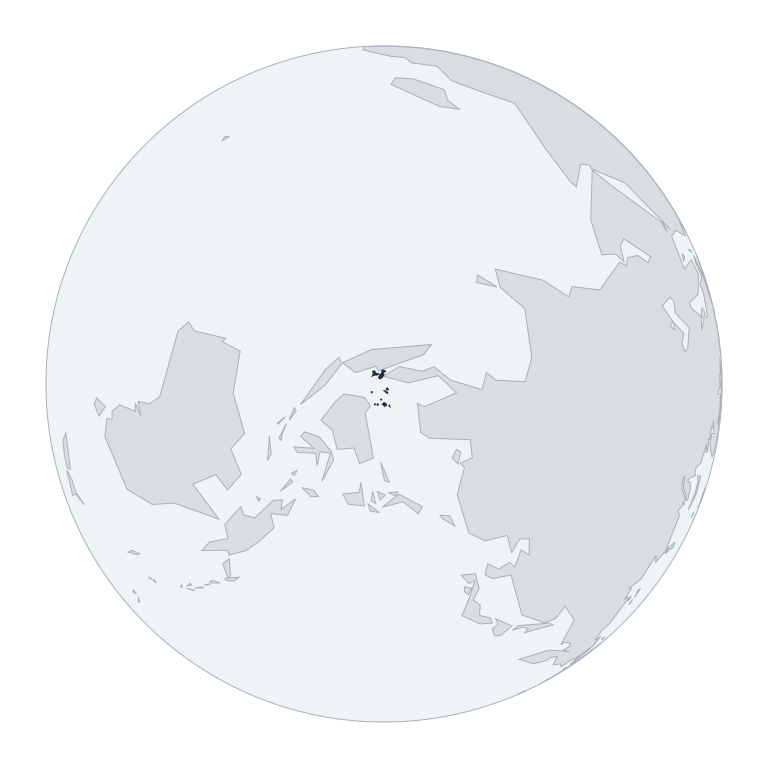 globe centered on Kepulauan Riau, rotated 121°
{"feature_id": "IDN-1796", "entity_name": "Kepulauan Riau", "entity_type": "Province", "adm_level": 1, "iso_a3": "IDN", "parent_name": "Indonesia", "parent_adm1": "", "projection": "orthographic", "projection_center": [105.285, 2.055], "detail": "fine", "context": "on_globe", "style": "filled", "palette": "slate", "viewbox_px": 768, "rotation_deg": 121, "n_neighbors": 0, "source": "natural_earth", "source_scale": "10m", "svg_char_len": 12472}
<svg xmlns="http://www.w3.org/2000/svg" viewBox="0 0 768 768"><g transform="rotate(121 384 384)"><circle cx="384" cy="384" r="338" fill="#eef3f6" stroke="#a8b0b8"/><path d="M697.2,480.5L696.7,483.0L696.5,483.3L697.2,480.5ZM576.5,106.3L580.7,109.4L573.1,104.0L576.5,106.3ZM559.2,95.0L559.5,95.2L552.9,91.3L550.4,90.1L542.2,85.7L533.0,80.7L527.6,78.1L529.8,79.4L523.0,76.6L520.6,75.0L508.5,70.3L494.4,64.6L516.7,73.2L538.3,83.4L559.2,95.0ZM551.4,90.8L554.2,92.4L551.7,91.2L551.4,90.8ZM537.0,83.6L532.2,81.7L535.5,82.7L537.0,83.6ZM528.3,80.0L516.8,76.4L521.9,79.3L501.0,70.0L517.7,75.5L521.0,76.0L523.2,77.5L528.3,80.0ZM491.3,65.9L487.2,64.6L489.8,65.0L491.3,65.9ZM98.8,202.7L92.8,214.5L101.8,202.0L102.1,213.2L109.2,213.5L130.7,185.9L119.2,184.5L127.8,171.1L145.5,160.8L157.2,164.1L160.9,159.2L162.5,147.3L174.2,139.3L164.1,142.8L161.4,147.8L155.0,150.6L157.0,146.4L161.1,143.3L160.2,140.9L141.0,157.4L136.2,164.3L128.2,167.0L119.6,179.2L114.2,184.8L126.8,166.5L132.5,159.9L148.2,141.9L166.6,125.3L186.2,110.0L188.0,109.9L192.1,107.4L203.1,100.2L202.3,101.7L212.6,94.8L220.1,92.9L219.6,90.1L232.5,83.2L244.0,78.6L248.1,76.2L229.4,84.0L222.0,87.9L215.8,91.7L195.6,103.8L192.1,105.9L198.9,101.3L222.1,87.4L246.3,75.4L267.7,67.3L277.8,65.2L267.3,74.1L257.6,77.4L256.5,75.5L245.7,82.8L252.2,79.5L251.5,81.3L263.6,76.5L263.7,77.7L275.2,71.7L276.6,72.6L269.4,76.4L288.5,71.7L295.0,73.4L299.3,72.0L302.1,69.9L308.5,74.3L311.4,73.1L310.4,71.1L315.5,67.7L327.0,63.9L328.6,65.5L324.6,67.1L318.8,73.8L308.1,78.8L309.9,79.2L319.6,75.4L326.7,67.1L333.2,64.4L331.2,67.8L332.4,66.3L336.1,65.6L341.3,66.8L344.1,63.1L382.8,56.6L396.7,59.5L390.6,62.4L419.3,63.3L432.8,68.7L431.8,66.5L444.9,66.9L440.9,65.1L441.4,64.2L473.3,67.3L482.0,70.2L494.6,71.3L494.2,70.5L488.4,68.2L501.0,70.0L521.9,79.3L521.9,80.5L534.9,86.5L533.2,88.9L537.7,94.5L528.3,95.1L532.7,100.4L537.3,102.3L546.8,111.7L550.4,126.3L527.2,105.7L517.8,87.2L519.8,93.4L513.3,89.8L510.3,91.0L512.3,96.3L516.3,98.1L488.4,99.4L481.1,114.4L496.3,116.0L505.9,123.0L510.9,146.8L482.4,176.7L494.8,190.6L495.6,199.0L484.8,202.6L483.4,190.3L472.4,184.6L473.3,177.7L455.5,181.0L455.9,171.5L441.8,179.7L447.2,188.0L462.8,187.8L450.4,200.4L466.3,216.5L468.1,234.5L441.3,264.2L414.2,272.0L412.5,277.9L401.7,270.3L387.3,281.3L407.2,317.3L406.6,327.6L383.3,345.5L382.8,337.8L354.3,317.4L348.8,341.7L370.4,363.5L377.8,388.5L361.1,379.8L353.6,358.0L343.5,350.1L346.4,328.8L338.3,297.1L321.5,302.1L323.0,289.8L309.3,264.2L285.2,271.0L246.9,302.1L241.3,334.1L228.2,347.8L213.1,300.9L214.2,270.5L203.7,273.0L192.3,247.5L158.2,244.7L157.8,237.0L150.4,240.3L143.0,232.5L144.1,220.4L137.6,220.9L135.9,253.1L143.4,252.9L155.8,241.0L153.4,252.7L161.1,263.7L136.7,291.4L93.4,315.7L96.7,291.9L102.6,228.7L106.7,222.0L107.0,221.2L107.5,219.9L100.4,230.7L103.9,219.0L92.7,261.6L87.5,280.5L92.7,317.1L90.3,320.8L94.3,328.6L116.0,320.6L114.5,328.6L99.6,365.6L76.1,416.4L83.6,452.1L89.3,482.5L84.3,502.1L94.5,525.8L93.3,533.8L99.7,547.3L104.3,561.3L108.4,574.4L104.7,574.0L96.8,561.8L88.5,547.9L77.5,526.4L68.1,504.1L60.4,481.2L54.2,457.8L49.8,434.1L47.1,410.1L46.1,385.9L46.8,361.8L49.3,337.8L53.4,314.0L59.3,290.5L66.8,267.5L75.9,245.2L86.6,223.5L98.8,202.7ZM139.6,150.6L126.2,166.7L126.9,165.2L117.7,176.3L125.3,166.7L130.8,160.2L139.6,150.6ZM161.8,183.4L173.7,185.9L181.6,168.6L186.9,168.5L187.7,163.1L182.2,167.4L186.0,153.2L195.9,149.4L201.3,142.7L197.5,141.7L178.7,151.3L173.0,171.1L164.6,177.5L161.8,183.4ZM118.0,175.6L117.9,175.7L118.6,175.1L112.8,182.5L115.9,178.3L118.0,175.6ZM195.7,103.4L195.8,103.3L193.3,105.0L191.1,106.6L195.7,103.4ZM306.9,55.3L310.2,54.4L312.2,54.0L323.5,51.6L325.6,51.4L319.7,52.8L306.9,55.3ZM124.9,190.3L118.9,195.4L119.6,192.7L121.5,191.4L124.9,190.3ZM112.6,188.4L112.2,192.2L111.0,190.4L112.6,188.4ZM311.1,54.7L315.5,53.6L313.9,54.3L311.1,54.7ZM327.8,51.3L326.9,51.8L327.2,51.2L327.8,51.3ZM251.6,643.9L258.6,648.0L254.1,648.1L251.6,643.9ZM117.5,479.4L123.6,532.2L115.5,531.9L107.4,516.1L100.7,484.0L108.0,475.4L109.7,461.1L117.5,479.4ZM462.8,451.7L472.9,454.0L472.5,455.5L462.8,451.7ZM452.3,445.4L463.9,446.7L450.3,448.8L452.3,445.4ZM468.4,447.3L480.2,445.2L485.3,443.0L484.3,446.2L468.4,447.3ZM444.5,445.0L401.5,441.6L384.5,436.3L388.5,430.7L416.0,434.0L444.5,445.0ZM387.1,430.5L361.1,412.6L325.6,363.6L338.3,365.1L375.5,395.5L373.1,400.3L388.8,414.1L387.1,430.5ZM450.0,404.6L447.5,419.5L423.8,416.5L413.1,413.3L405.6,393.6L409.8,384.3L418.6,385.1L452.9,355.0L464.8,363.9L454.3,376.8L464.1,390.5L450.0,404.6ZM242.6,337.2L249.3,356.9L242.3,359.8L242.6,337.2ZM466.6,333.7L452.9,346.6L465.4,328.9L466.6,333.7ZM474.0,316.9L474.9,324.0L469.3,316.7L474.0,316.9ZM412.2,287.3L402.8,288.3L402.6,283.4L414.4,279.4L412.2,287.3ZM469.3,250.2L469.3,263.9L467.5,268.5L463.2,259.8L469.3,250.2ZM335.5,58.3L317.4,61.1L305.8,64.5L301.4,67.9L299.8,65.0L317.7,59.7L335.5,58.3ZM376.8,56.3L380.5,54.4L384.1,55.2L383.7,55.8L376.8,56.3ZM375.4,55.1L370.2,53.1L375.7,52.0L378.7,53.8L375.4,55.1ZM340.0,51.9L334.5,52.5L335.9,51.8L340.0,51.9ZM618.6,609.0L619.2,612.2L609.6,621.3L597.7,630.1L589.3,631.8L618.6,609.0ZM543.9,623.3L546.8,611.3L558.3,611.7L550.8,621.7L543.9,623.3ZM626.6,602.3L635.4,592.4L641.9,578.8L637.0,591.5L640.0,593.3L621.1,611.7L626.6,602.3ZM510.5,569.7L445.0,587.7L431.3,583.7L436.2,574.1L426.5,543.4L431.1,544.4L429.9,524.2L469.4,508.7L498.2,478.0L518.5,481.9L534.9,459.8L555.4,463.5L548.3,481.5L568.3,496.2L584.9,456.0L594.1,502.3L606.6,520.6L606.5,550.2L572.8,596.1L556.3,603.8L554.5,598.8L547.3,603.1L538.0,599.8L535.6,583.1L528.4,587.4L536.6,576.0L525.5,585.7L521.9,575.0L510.5,569.7ZM655.3,506.0L657.5,507.8L659.9,516.7L656.5,514.4L655.3,506.0ZM691.4,488.4L691.5,492.5L689.5,492.8L691.4,488.4ZM696.5,483.3L694.1,484.0L697.2,480.5L696.5,483.3ZM670.8,482.0L671.6,485.1L670.5,485.9L670.8,482.0ZM670.0,480.8L671.8,476.6L671.1,481.1L670.0,480.8ZM660.5,454.0L662.1,452.0L662.7,453.9L660.5,454.0ZM487.7,455.4L501.9,444.7L509.5,444.4L487.7,455.4ZM658.6,448.7L654.7,447.5L655.3,445.2L658.6,448.7ZM659.1,443.1L658.9,439.7L660.9,448.0L659.1,443.1ZM651.9,434.2L656.5,441.1L651.4,434.9L651.9,434.2ZM649.0,434.5L645.5,431.3L645.8,430.3L649.0,434.5ZM607.2,432.5L620.5,454.4L609.3,452.2L596.9,438.1L586.3,448.2L562.8,443.5L568.4,437.1L565.5,425.9L540.7,418.9L535.7,411.4L544.7,407.7L528.0,400.5L546.3,399.2L553.5,414.3L563.8,404.3L581.1,409.2L597.5,416.1L610.4,428.7L607.2,432.5ZM546.0,430.7L549.1,431.0L546.3,435.1L546.0,430.7ZM638.9,422.1L643.9,430.1L643.3,431.7L640.7,430.2L638.9,422.1ZM613.4,426.6L627.5,416.9L630.7,417.6L621.3,429.7L613.4,426.6ZM624.2,408.7L630.6,411.3L633.8,418.6L632.4,420.2L624.2,408.7ZM508.8,413.7L508.1,417.6L503.3,414.0L508.8,413.7ZM515.1,411.9L529.4,417.6L513.7,415.2L515.1,411.9ZM470.9,394.3L475.1,404.0L488.7,399.2L478.4,406.9L487.4,423.1L484.2,428.7L475.3,411.1L471.9,428.2L465.9,427.4L462.7,412.3L468.8,394.8L474.9,388.0L499.3,387.0L470.9,394.3ZM515.0,400.5L511.2,389.3L514.0,382.4L518.2,388.4L515.0,400.5ZM499.6,362.5L489.3,349.4L480.0,353.2L498.6,338.0L505.5,352.9L499.6,362.5ZM490.6,335.0L481.9,338.4L490.8,329.5L490.6,335.0ZM479.6,334.2L478.5,325.8L485.4,327.5L479.6,334.2ZM495.1,335.8L496.5,321.8L500.1,330.4L495.1,335.8ZM475.1,307.1L490.3,321.9L470.8,314.5L469.3,287.9L477.5,288.0L475.1,307.1ZM516.3,210.6L513.9,203.8L521.1,203.2L520.7,208.0L516.3,210.6ZM542.4,197.8L522.2,200.9L505.7,204.8L511.2,208.4L508.2,219.3L499.4,207.9L510.4,197.0L523.1,196.3L524.2,187.6L533.0,183.0L529.8,172.0L533.3,168.1L540.2,178.2L542.4,197.8ZM527.8,167.4L525.4,149.7L539.3,154.4L543.0,159.3L538.3,165.2L531.2,162.3L527.8,167.4ZM528.9,147.1L522.0,144.5L503.8,119.1L503.5,115.1L524.7,135.4L519.3,134.2L521.3,140.1L528.9,147.1ZM488.9,65.6L487.3,64.7L491.0,66.1L488.9,65.6ZM438.9,63.3L440.2,62.3L444.5,63.4L438.9,63.3ZM446.3,60.6L440.5,59.9L446.0,59.9L446.3,60.6ZM427.8,58.9L437.9,59.3L429.2,60.0L427.8,58.9Z" fill="#d9dde1" stroke="#a8b0b8" stroke-width="1"/><path d="M402.3,373.3L402.4,373.2L402.3,373.6L402.0,374.0L401.8,374.4L401.6,374.4L401.4,374.4L401.1,374.6L400.8,374.4L400.5,374.3L400.7,374.1L400.9,373.9L401.0,373.8L401.1,373.7L401.3,373.8L401.6,374.1L401.5,373.7L401.4,373.6L401.0,373.6L400.3,373.4L400.1,373.1L400.1,372.9L400.0,372.5L399.9,372.4L400.1,372.1L400.3,372.1L401.0,371.5L401.0,371.3L401.3,371.1L401.4,371.3L401.5,371.7L402.3,372.6L402.3,372.9L402.1,373.1L402.3,373.3ZM380.3,389.7L380.4,390.0L380.2,390.2L380.3,390.6L380.1,390.8L380.0,391.2L379.8,391.2L379.3,391.1L379.3,390.9L379.2,390.8L379.1,390.7L379.3,390.7L379.1,390.6L378.9,390.5L378.9,390.4L379.2,390.3L379.1,390.2L379.3,390.0L379.2,390.0L379.1,389.9L378.7,390.0L378.4,390.1L378.0,390.2L377.9,390.1L377.8,389.7L378.3,389.4L378.4,389.2L378.7,389.2L378.8,389.0L379.2,389.2L379.4,389.2L379.8,389.0L379.8,388.9L379.9,389.1L379.9,389.4L380.0,389.5L380.3,389.7ZM381.9,397.5L382.4,397.8L381.9,397.8L381.9,398.1L381.4,397.9L381.0,397.6L380.8,397.4L380.6,397.4L380.3,397.4L380.0,397.6L379.9,397.5L379.6,397.7L379.4,397.5L379.1,397.4L379.0,397.2L379.3,396.9L379.5,396.2L379.8,395.9L379.8,396.0L380.1,396.1L380.4,396.4L380.4,396.5L380.2,396.5L380.3,396.6L380.5,396.6L380.8,396.9L380.9,397.2L381.1,397.3L381.3,397.0L381.4,396.9L381.6,397.1L381.9,397.5ZM379.5,398.3L380.0,398.9L379.9,399.0L379.6,399.2L379.5,399.6L379.4,399.7L379.2,399.7L378.9,399.5L378.7,399.7L378.7,400.0L378.4,399.3L378.3,399.2L378.3,399.3L377.9,398.9L378.1,398.5L378.3,398.3L378.4,398.2L378.5,398.3L378.4,398.5L378.5,398.6L378.5,398.4L378.7,398.5L378.9,398.4L379.2,398.1L379.5,398.3ZM377.3,389.3L377.3,389.5L377.2,389.9L377.1,390.0L377.0,390.3L376.7,390.3L376.4,390.2L376.2,390.2L375.9,389.8L375.8,389.7L376.1,389.8L376.2,389.7L376.1,389.4L376.4,389.4L376.5,389.4L376.5,389.2L376.9,389.4L377.0,389.3L376.9,389.1L377.0,389.1L377.3,389.3ZM373.2,391.3L373.5,391.7L373.2,392.2L373.1,392.3L373.0,392.2L372.6,391.6L372.5,391.4L372.6,391.0L372.7,390.9L372.8,390.9L373.0,391.2L373.2,391.3ZM387.0,378.4L387.3,378.5L387.2,378.6L387.1,379.0L386.6,379.1L386.8,379.2L386.8,379.3L386.6,379.4L386.4,379.2L386.6,378.6L386.3,378.4L386.4,378.2L386.5,378.0L386.7,378.5L386.9,378.6L387.0,378.4ZM377.8,390.9L377.9,391.0L378.0,391.1L377.9,391.2L377.8,391.3L377.5,391.4L377.4,391.4L377.3,391.1L377.0,390.9L377.0,390.6L377.4,390.7L377.4,390.9L377.8,390.9ZM373.1,390.1L373.0,390.3L372.8,390.2L372.6,390.2L372.4,389.9L372.5,389.6L372.7,389.4L372.8,389.4L372.8,389.6L372.9,389.8L373.1,389.9L373.1,390.1ZM379.7,394.8L380.6,395.9L380.2,395.7L379.9,395.5L379.8,395.3L379.7,395.2L379.4,394.8L379.3,394.7L379.6,394.8L379.7,394.8ZM404.9,378.8L405.0,378.4L405.3,378.5L405.2,378.7L405.2,379.1L404.9,379.3L404.5,379.1L404.9,378.8ZM389.9,377.4L389.9,377.9L389.7,377.8L389.5,377.7L389.4,377.1L389.6,377.1L389.9,377.4ZM375.1,390.9L375.3,391.2L375.4,391.3L375.5,391.5L375.4,391.6L375.0,391.4L374.9,391.3L374.8,391.1L374.9,390.8L375.1,390.9ZM376.1,390.2L376.2,390.4L376.2,390.5L375.6,390.4L375.5,390.2L375.8,390.1L376.1,390.2ZM378.2,391.9L378.0,392.0L377.6,391.8L377.5,391.6L377.9,391.5L377.9,391.4L378.0,391.4L378.1,391.7L378.2,391.9ZM379.4,395.7L379.2,395.7L379.3,395.9L379.3,396.0L379.2,396.0L378.8,395.6L378.8,395.4L378.9,395.5L378.8,395.2L379.4,395.7ZM406.5,381.2L406.5,381.3L406.4,381.3L406.2,381.4L405.9,381.4L406.0,381.2L405.9,381.1L405.7,381.1L405.9,381.0L406.2,381.1L406.5,381.2ZM389.8,376.3L390.0,376.3L389.9,376.8L389.8,376.7L389.9,377.0L389.6,376.9L389.7,376.4L389.8,376.3ZM375.4,390.9L375.6,390.9L375.8,391.1L376.1,391.5L375.9,391.5L375.8,391.3L375.5,391.2L375.4,390.9ZM379.3,397.7L379.4,397.8L379.1,398.0L378.8,398.0L378.8,397.9L379.3,397.7ZM400.0,368.0L399.9,368.4L399.8,368.5L399.6,368.4L399.8,368.2L400.0,368.0ZM379.8,391.4L380.0,391.4L380.1,391.5L379.7,391.6L379.4,391.7L379.5,391.5L379.8,391.4ZM397.4,390.0L397.7,390.2L397.4,390.4L397.4,390.2L397.2,390.1L397.3,390.0L397.4,390.0ZM398.8,378.3L398.9,378.5L398.5,378.5L398.5,378.3L398.8,378.3L398.8,378.3ZM373.3,390.7L373.4,390.8L373.3,391.0L373.1,390.9L372.9,390.7L373.3,390.7ZM373.5,392.0L373.5,392.4L373.4,392.5L373.3,392.4L373.5,392.0ZM378.8,394.1L378.9,394.3L378.7,394.3L378.6,394.2L378.4,394.0L378.5,393.9L378.8,394.1ZM373.6,391.3L373.6,391.5L373.4,391.3L373.0,391.1L373.4,391.1L373.6,391.3ZM389.6,379.8L389.6,380.0L389.5,379.9L389.4,379.6L389.5,379.5L389.6,379.8ZM374.5,391.2L374.8,391.4L374.8,391.5L374.7,391.6L374.5,391.3L374.5,391.2ZM381.1,390.0L381.4,390.1L381.5,390.4L381.3,390.5L381.3,390.3L381.1,390.1L381.1,390.0ZM377.7,391.9L378.0,392.1L378.1,392.3L377.7,391.9ZM380.3,391.1L380.3,391.3L380.1,391.4L380.2,391.1L380.3,391.1ZM380.7,391.7L380.8,391.7L380.9,391.8L380.7,391.8L380.7,391.7Z" fill="#64748b" stroke="#1e293b" stroke-width="1.5"/></g></svg>